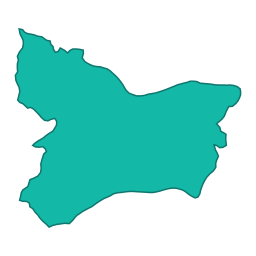 outline of Areado, Minas Gerais, Brazil
{"feature_id": "56859067B88624480180585", "entity_name": "Areado", "entity_type": "district", "adm_level": 2, "iso_a3": "BRA", "parent_name": "Brazil", "parent_adm1": "Minas Gerais", "projection": "mercator", "projection_center": [-46.146, -21.352], "detail": "fine", "context": "isolated", "style": "filled", "palette": "teal", "viewbox_px": 256, "rotation_deg": 0, "n_neighbors": 0, "source": "geoboundaries", "source_scale": "gbopen_adm2", "svg_char_len": 2621}
<svg xmlns="http://www.w3.org/2000/svg" viewBox="0 0 256 256"><path d="M197.0,81.6L193.5,81.2L190.3,81.2L187.3,82.3L183.5,83.2L180.7,84.0L177.8,84.7L174.8,86.0L170.3,87.8L166.3,89.4L161.6,91.1L158.7,92.0L155.5,93.0L151.9,93.6L147.8,94.3L144.6,95.4L140.8,95.9L136.6,95.9L132.1,94.4L129.0,93.1L126.3,90.5L124.7,88.0L123.0,85.0L121.0,82.1L118.9,79.4L116.2,76.4L113.0,73.5L109.9,70.6L106.9,68.8L103.3,67.8L100.2,66.8L96.9,66.6L93.5,66.0L90.2,64.7L87.5,63.3L84.7,61.5L82.2,57.8L83.4,53.4L83.2,50.1L79.9,49.4L76.4,49.0L72.8,49.0L70.0,50.4L67.6,52.9L64.2,50.1L60.2,48.0L58.3,51.4L55.4,52.3L53.6,49.6L53.0,46.5L50.7,44.1L50.1,41.0L46.6,40.3L41.8,36.8L37.7,36.2L34.0,34.8L31.1,34.2L27.7,33.7L24.6,32.2L22.6,29.7L19.1,28.9L20.1,34.0L21.8,37.4L23.1,40.3L23.4,43.6L22.6,47.9L19.4,52.1L17.4,56.3L18.4,60.3L17.4,63.7L17.3,67.5L17.6,71.9L15.4,75.3L15.9,80.4L17.6,84.3L19.1,87.3L19.8,91.4L18.7,96.1L17.7,100.1L19.9,102.5L22.9,103.7L25.4,106.0L27.6,108.1L30.6,107.4L33.5,109.0L36.2,111.7L39.0,114.6L41.5,117.6L44.5,120.3L48.0,120.8L51.1,119.3L54.8,118.4L56.7,121.4L56.5,125.1L55.1,127.6L52.8,131.2L48.8,133.6L46.2,135.5L43.0,138.1L38.3,140.8L35.0,143.1L32.7,145.4L35.3,146.9L39.0,147.2L42.8,146.7L45.3,148.8L46.4,151.6L43.8,153.9L42.1,159.2L40.8,164.1L41.2,168.2L40.6,172.4L37.9,176.0L34.0,178.1L30.0,179.6L28.9,183.1L27.9,186.5L25.1,188.4L22.7,190.1L21.2,193.1L20.5,196.9L19.6,200.3L22.7,201.3L26.6,201.4L29.3,203.1L29.9,206.8L32.7,208.6L35.3,212.4L37.9,215.1L39.8,217.9L42.7,221.1L46.1,224.0L49.1,227.1L52.5,225.5L56.7,224.4L59.9,224.0L64.5,223.3L69.3,223.6L72.9,220.1L74.9,217.5L77.1,215.2L79.9,213.4L82.8,211.3L85.7,209.8L88.8,208.1L91.7,206.7L94.4,204.7L97.2,202.7L100.3,200.7L103.8,198.6L107.1,197.2L110.3,195.8L113.5,193.8L117.4,192.8L121.6,192.4L124.8,191.9L128.9,191.5L132.7,191.4L136.5,191.7L140.5,191.9L145.6,192.2L149.8,192.5L152.8,192.5L156.4,191.9L160.4,190.9L163.9,189.8L167.7,188.8L172.0,188.1L176.1,188.2L179.7,189.1L183.0,190.2L185.8,191.9L189.1,194.6L192.6,196.7L195.1,197.9L198.0,197.0L199.8,193.9L200.7,189.9L202.6,184.7L204.7,180.5L206.9,177.0L210.2,173.5L213.3,171.0L215.8,167.3L215.7,163.6L216.5,160.5L218.4,156.3L217.0,152.7L215.4,149.8L214.1,144.8L216.9,145.6L219.6,147.6L222.8,147.4L226.3,145.4L226.0,142.2L225.7,138.2L226.0,134.3L223.4,132.6L220.8,131.3L219.8,127.4L216.5,123.8L219.3,121.5L221.8,119.3L224.3,116.2L226.3,111.2L228.7,106.6L232.5,106.3L236.0,103.3L237.9,100.9L239.3,98.3L240.5,95.1L240.6,92.0L240.1,88.8L237.0,86.5L233.3,85.4L229.8,85.0L227.0,85.2L223.9,85.0L219.7,85.0L215.2,84.9L212.1,84.3L208.6,83.9L203.9,83.5L200.0,83.2L197.0,81.6Z" fill="#14b8a6" stroke="#0f766e" stroke-width="1.5"/></svg>